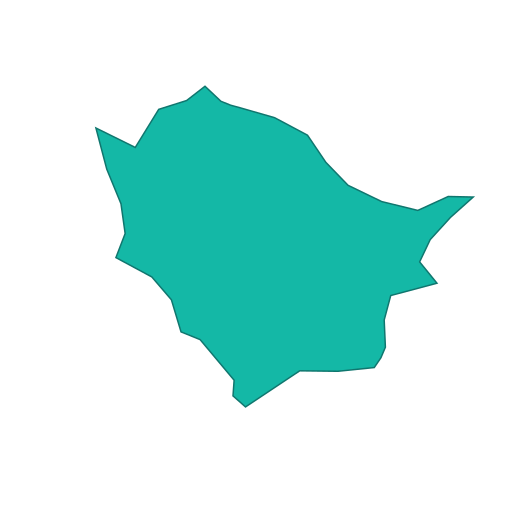 an SVG outline of Bugiri, rotated 107°
{"feature_id": "UGA-3117", "entity_name": "Bugiri", "entity_type": "District", "adm_level": 1, "iso_a3": "UGA", "parent_name": "Uganda", "parent_adm1": "", "projection": "robinson", "projection_center": [33.743, 0.527], "detail": "fine", "context": "isolated", "style": "filled", "palette": "teal", "viewbox_px": 512, "rotation_deg": 107, "n_neighbors": 0, "source": "natural_earth", "source_scale": "10m", "svg_char_len": 633}
<svg xmlns="http://www.w3.org/2000/svg" viewBox="0 0 512 512"><g transform="rotate(107 256 256)"><path d="M118.9,314.3L118.3,278.6L125.4,242.1L146.0,216.6L161.5,188.6L167.2,151.7L165.1,114.6L142.9,89.6L136.1,65.5L162.2,81.3L189.4,94.2L213.8,97.8L229.1,75.0L254.4,115.6L279.7,114.7L305.4,105.6L316.8,106.8L328.1,110.3L342.3,144.0L353.0,180.6L403.4,221.9L396.5,237.1L381.2,240.6L352.3,285.0L350.5,305.5L322.6,324.1L306.5,349.5L298.5,389.5L272.8,387.7L245.5,400.4L216.6,424.1L180.4,446.5L187.5,403.2L144.2,391.9L127.6,367.8L108.6,354.4L118.3,334.8L119.2,324.4L118.9,314.3Z" fill="#14b8a6" stroke="#0f766e" stroke-width="1.5"/></g></svg>